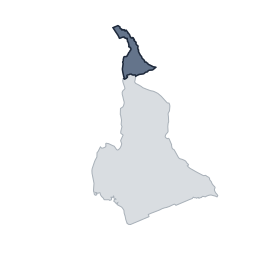 where Extrême-Nord sits in Cameroon, rotated 337°
{"feature_id": "CMR-1462", "entity_name": "Extrême-Nord", "entity_type": "Province", "adm_level": 1, "iso_a3": "CMR", "parent_name": "Cameroon", "parent_adm1": "", "projection": "natural_earth1", "projection_center": [14.611, 11.501], "detail": "fine", "context": "in_parent", "style": "filled", "palette": "slate", "viewbox_px": 256, "rotation_deg": 337, "n_neighbors": 0, "source": "natural_earth", "source_scale": "10m", "svg_char_len": 6936}
<svg xmlns="http://www.w3.org/2000/svg" viewBox="0 0 256 256"><g transform="rotate(337 128 128)"><path d="M71.5,173.2L71.9,171.9L75.1,165.6L77.2,155.6L78.1,153.2L79.0,151.6L83.7,146.3L85.4,144.6L88.0,142.6L89.8,138.7L90.4,138.3L91.2,138.0L95.2,134.6L95.5,135.3L95.8,136.1L96.1,136.4L97.4,136.7L99.2,136.7L100.2,136.5L100.7,135.8L101.3,133.9L101.6,133.6L102.0,133.5L104.0,134.8L107.2,138.4L108.0,139.1L108.3,139.8L109.0,143.1L109.4,143.9L110.1,144.3L111.4,144.0L112.7,143.5L113.8,142.6L115.0,141.5L115.7,140.5L116.1,139.8L116.2,137.1L116.5,136.5L120.7,132.6L120.6,132.2L119.9,131.1L119.3,129.9L119.9,128.6L120.5,127.7L123.0,124.4L123.1,122.0L125.1,118.3L126.2,113.4L126.2,112.5L128.7,107.1L131.4,106.6L132.4,105.9L133.6,104.5L134.4,103.3L134.7,102.1L135.0,99.8L135.5,97.2L135.8,94.9L136.6,92.8L137.9,91.7L140.2,90.8L140.6,90.4L140.9,89.0L141.2,84.3L141.6,82.3L143.8,79.9L144.7,76.3L145.6,72.5L148.0,67.8L150.8,63.2L152.2,62.0L153.3,61.4L154.6,61.4L155.4,61.0L158.5,58.7L159.8,58.0L160.7,57.2L161.0,56.5L161.0,55.5L160.7,53.1L161.3,51.4L161.6,48.6L161.7,46.5L161.6,45.8L161.0,44.6L160.1,43.3L158.6,42.5L156.5,42.3L155.4,41.8L155.0,39.4L154.8,37.8L153.4,29.8L156.1,29.8L159.3,30.8L160.1,31.5L160.5,34.3L161.7,35.8L163.7,37.1L165.0,39.8L165.5,43.8L166.6,46.2L166.8,46.5L168.4,51.1L168.5,53.2L168.4,54.6L169.0,56.3L168.0,59.3L167.8,61.1L167.7,63.7L168.2,68.2L169.2,71.7L170.2,74.5L171.3,76.7L173.2,79.2L175.1,81.4L176.9,82.8L175.2,83.6L172.0,83.7L170.1,83.2L169.2,83.2L168.3,83.5L164.8,83.9L161.3,83.7L158.0,83.2L156.0,83.2L154.5,84.6L153.3,86.6L152.1,88.2L152.5,90.0L153.4,91.0L155.1,93.1L156.6,95.2L157.3,96.6L160.4,99.7L163.3,102.4L164.7,103.4L165.2,103.6L166.8,105.2L169.0,107.8L171.0,111.8L173.8,119.9L174.4,120.6L175.4,121.0L175.5,121.9L175.4,123.1L175.1,124.2L172.9,128.4L170.9,130.0L170.3,131.0L169.6,133.5L167.8,138.3L167.0,139.0L165.2,142.2L163.7,146.4L163.4,147.0L162.8,147.5L160.7,148.5L160.0,149.0L158.9,150.3L158.8,151.1L159.3,152.3L159.9,153.2L161.0,153.2L161.6,154.1L161.6,160.5L161.1,161.4L161.1,161.9L160.8,163.0L160.8,164.2L160.9,164.7L161.3,165.1L161.9,165.9L162.2,167.9L162.9,174.8L163.3,175.9L163.8,176.6L165.7,178.1L167.6,180.1L168.2,181.3L168.6,183.4L169.3,185.0L169.3,185.6L169.0,185.8L167.8,186.0L168.2,187.1L169.2,189.2L174.1,195.6L178.8,201.3L179.9,201.7L180.7,201.8L181.1,202.1L181.5,203.0L183.1,205.0L183.4,206.2L183.0,207.4L183.4,209.1L183.7,209.8L183.6,210.3L183.7,212.5L184.2,214.4L184.9,216.0L184.8,217.1L183.9,217.8L183.3,218.8L183.2,220.3L183.4,222.1L184.1,224.2L184.2,225.4L183.0,226.2L181.8,224.8L180.4,223.8L178.3,222.1L176.2,221.5L173.5,221.4L172.3,221.6L170.3,220.2L169.6,220.0L168.7,220.6L168.1,220.6L167.4,220.4L165.8,220.4L165.7,219.5L165.4,219.3L163.7,219.4L163.2,218.6L162.3,218.4L161.0,217.2L159.6,218.0L156.7,217.9L141.9,217.9L141.5,216.8L140.8,216.2L139.5,216.2L135.5,216.4L132.5,216.2L130.5,215.8L128.0,215.6L124.9,215.8L121.7,215.7L116.1,215.5L112.9,215.5L113.0,216.2L112.8,216.6L112.7,217.8L92.6,217.8L91.0,217.0L90.5,216.5L90.3,215.5L89.9,215.4L90.2,211.4L90.9,208.0L91.2,204.9L92.1,202.1L91.6,199.3L91.1,198.1L88.0,194.2L89.4,192.7L87.6,192.9L87.2,191.5L86.3,189.7L86.9,189.4L87.4,188.5L89.1,188.8L89.0,188.3L87.6,186.8L87.7,186.1L88.3,185.3L88.0,184.9L87.0,185.8L86.2,185.7L85.7,185.2L85.3,185.1L85.5,186.2L84.9,187.2L84.4,187.6L83.4,187.5L82.7,187.3L82.5,186.7L81.8,186.3L79.8,185.5L78.1,184.7L77.7,182.3L77.1,181.2L76.8,180.1L76.6,178.7L76.9,176.7L76.4,176.4L75.9,176.3L75.2,176.4L74.5,176.2L73.7,175.1L73.0,174.7L73.5,176.8L73.0,177.3L71.8,177.2L71.2,176.4L71.1,175.8L71.7,173.3L71.5,173.2Z" fill="#d9dde1" stroke="#a8b0b8" stroke-width="1"/><path d="M159.6,31.2L159.8,31.4L159.9,31.7L160.0,32.0L159.9,32.3L159.7,33.1L159.7,33.3L159.8,33.6L160.3,34.0L160.6,34.3L160.6,35.0L160.9,35.1L160.9,35.3L160.9,35.5L161.1,35.5L161.4,35.3L161.5,35.3L161.6,35.5L161.9,35.8L162.0,35.9L162.3,36.1L162.7,35.9L162.9,36.0L163.0,36.3L162.8,36.9L163.0,37.2L163.2,36.7L163.3,36.7L163.6,36.9L163.7,37.1L163.8,37.5L164.1,37.5L164.6,37.4L164.7,37.8L165.2,39.9L165.2,40.0L165.0,40.3L165.0,40.5L165.3,40.6L165.4,40.8L165.4,41.0L165.6,41.5L165.9,42.8L165.8,44.1L165.8,44.3L165.7,44.6L165.7,44.8L165.8,45.0L165.9,45.3L165.7,45.5L165.7,45.8L165.8,45.9L166.2,46.2L166.5,46.6L166.7,46.8L166.9,46.8L167.1,46.6L167.4,46.5L167.7,46.7L168.0,47.0L167.9,47.1L167.8,47.3L167.8,47.5L168.0,47.8L168.0,48.0L168.1,48.5L168.4,48.7L168.4,48.9L168.0,49.0L167.9,49.1L168.0,49.2L168.0,49.4L168.1,49.5L168.1,49.8L167.9,50.0L167.9,50.5L168.0,50.8L168.4,51.0L168.5,51.2L168.9,52.2L168.8,52.3L168.5,52.6L168.5,52.8L168.6,53.0L168.4,53.2L168.2,53.6L168.2,53.9L168.3,54.3L168.5,55.0L168.6,55.3L169.1,55.9L169.2,56.5L169.0,57.0L168.4,57.8L168.2,58.1L168.1,58.5L168.0,59.4L168.0,59.6L168.0,59.8L168.0,60.0L168.2,60.3L168.1,60.6L167.7,61.2L167.6,61.4L167.5,62.5L167.7,64.3L167.8,65.8L168.2,66.9L168.3,67.1L168.4,67.4L168.4,67.8L168.2,68.6L168.2,69.2L169.3,71.7L169.5,72.2L169.4,72.4L169.3,72.7L169.2,73.1L169.2,73.6L169.3,73.9L169.4,74.0L169.5,74.1L169.8,74.1L170.0,74.2L170.1,74.3L170.5,74.5L170.6,74.8L170.8,75.4L171.0,75.7L171.2,75.9L171.4,76.1L171.4,76.4L171.4,76.9L171.5,77.2L171.7,77.5L173.7,79.7L174.3,80.6L174.5,80.7L174.5,80.8L175.2,81.5L176.2,82.2L176.7,82.4L177.3,83.0L177.1,83.1L173.7,84.1L172.9,84.1L170.4,83.2L169.5,83.1L168.9,83.2L168.7,83.3L168.3,83.7L168.1,83.8L167.7,83.9L167.3,83.8L166.4,83.6L165.7,83.6L163.9,84.2L163.3,84.2L159.0,83.0L155.3,83.3L155.3,83.2L155.4,82.2L155.3,81.9L153.9,81.4L153.7,81.4L153.3,81.3L152.9,80.8L152.5,80.4L152.4,80.4L152.1,79.7L151.8,79.6L151.4,79.4L150.6,79.2L150.3,79.2L149.7,79.3L149.1,79.2L148.1,79.0L147.9,79.0L147.7,79.1L147.4,79.3L147.3,79.5L147.2,79.9L147.3,80.1L147.5,80.5L147.5,80.8L147.3,81.0L146.4,81.3L146.1,81.5L145.8,81.6L145.5,81.6L145.0,81.5L144.3,81.8L144.1,81.8L143.9,81.7L143.5,81.0L143.4,80.9L143.6,80.8L143.9,80.5L144.1,80.3L144.3,79.7L144.3,79.4L144.3,79.2L144.2,78.9L144.2,78.7L144.5,77.6L145.1,74.3L145.6,72.2L146.0,71.2L148.7,66.9L148.7,66.7L148.8,66.4L148.7,65.7L148.8,65.4L149.0,65.1L149.2,64.8L149.8,64.5L150.0,64.2L150.2,63.5L150.6,62.8L151.1,62.1L151.6,61.4L152.2,60.9L152.6,60.9L153.2,61.1L154.3,61.6L154.6,61.6L154.9,61.5L155.2,61.4L155.5,61.1L155.9,60.7L156.1,60.6L156.5,60.5L157.9,59.1L158.2,58.9L159.0,58.6L159.4,58.4L159.9,57.8L160.2,57.6L161.0,57.3L161.2,57.1L161.4,56.8L161.6,56.4L161.7,55.9L161.7,55.6L161.7,55.1L161.6,54.8L161.5,54.5L161.2,54.2L161.0,53.9L160.9,53.8L160.7,53.8L160.5,53.6L160.5,53.4L161.1,52.4L161.2,52.2L161.5,50.4L161.7,49.9L161.7,49.3L161.7,49.2L161.4,48.2L161.4,47.9L161.6,47.7L161.9,46.3L162.0,46.1L162.1,45.9L162.3,45.5L162.3,45.3L162.3,45.2L162.1,45.1L161.7,45.3L161.4,44.9L161.1,44.7L160.8,44.5L160.6,44.3L160.7,44.2L160.8,44.1L160.6,43.9L160.2,43.5L160.0,43.4L160.1,43.0L160.0,42.8L159.6,42.6L158.7,42.3L155.7,42.2L155.4,42.2L155.2,42.0L155.1,41.8L155.1,41.6L155.2,41.0L155.2,40.7L155.1,40.4L155.1,39.0L154.2,34.4L153.4,29.8L158.6,29.8L158.9,30.0L159.6,31.2Z" fill="#64748b" stroke="#1e293b" stroke-width="1.5"/></g></svg>